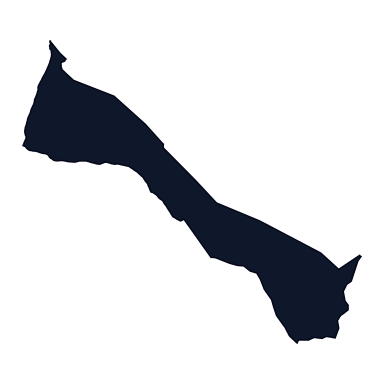 Belvedere, Soufrière, Saint Lucia (Robinson projection)
{"feature_id": "8701671B92172840318225", "entity_name": "Belvedere", "entity_type": "district", "adm_level": 2, "iso_a3": "LCA", "parent_name": "Saint Lucia", "parent_adm1": "Soufrière", "projection": "robinson", "projection_center": [-61.062, 13.892], "detail": "fine", "context": "isolated", "style": "filled", "palette": "ink", "viewbox_px": 384, "rotation_deg": 0, "n_neighbors": 0, "source": "geoboundaries", "source_scale": "gbopen_adm2", "svg_char_len": 4790}
<svg xmlns="http://www.w3.org/2000/svg" viewBox="0 0 384 384"><path d="M361.0,256.5L359.8,255.8L359.6,255.4L338.7,269.4L320.8,253.1L259.5,220.9L216.5,203.0L195.5,180.5L163.2,147.8L163.4,144.2L163.2,144.2L145.3,124.3L114.0,96.2L73.5,80.4L66.3,73.8L61.9,69.5L61.1,66.4L61.0,62.5L64.5,61.2L65.6,59.2L66.0,59.0L59.9,53.3L51.7,43.1L50.2,41.9L50.3,41.5L50.5,41.2L50.1,41.0L49.9,41.8L50.0,42.5L50.5,42.9L50.9,43.3L51.6,43.7L51.8,43.7L52.0,44.0L52.3,44.3L52.6,44.8L52.6,45.1L51.9,44.7L51.4,44.4L50.5,44.0L49.9,44.9L49.6,45.8L49.6,46.3L49.8,46.7L49.9,47.4L50.0,48.1L49.9,48.4L50.0,49.0L50.8,49.7L50.9,49.8L51.2,50.4L51.4,52.2L51.5,53.5L51.7,54.4L51.6,54.7L51.6,55.3L51.4,56.1L51.4,56.8L51.2,57.3L51.0,58.4L49.9,61.8L49.7,62.7L48.8,65.0L47.6,67.8L46.6,70.1L45.4,72.6L44.6,74.3L43.5,76.0L43.1,76.8L42.8,77.3L42.3,78.3L41.7,79.7L41.2,80.6L40.4,82.1L39.2,84.3L38.5,85.7L38.3,86.4L38.1,87.1L38.0,87.8L38.1,88.9L38.3,89.3L38.2,89.9L37.7,91.2L37.4,92.5L36.9,94.2L35.9,96.8L35.0,98.7L34.7,99.5L34.5,100.1L34.4,101.7L34.2,102.5L34.0,103.1L34.0,103.5L33.4,104.9L33.1,105.5L32.5,106.7L32.0,107.8L31.5,108.8L31.1,110.0L30.7,111.1L30.6,111.8L30.3,112.8L29.9,113.8L29.4,114.8L28.7,116.3L28.3,117.2L28.2,117.4L27.7,118.9L27.5,120.0L27.2,121.5L26.8,122.6L26.5,124.1L26.0,125.8L25.5,126.9L25.2,128.3L24.8,131.2L24.9,132.6L25.4,134.9L26.0,136.3L26.2,137.1L26.2,137.7L25.9,138.8L25.2,140.4L24.6,141.7L23.9,143.3L23.9,143.8L23.4,144.7L23.0,145.6L25.2,146.5L25.3,146.6L25.7,146.9L26.0,147.3L26.3,147.7L26.8,148.3L27.1,148.7L27.6,149.0L27.9,149.3L28.5,149.7L28.9,149.9L29.4,150.2L29.8,150.4L30.6,150.5L31.2,150.5L32.0,150.7L33.6,151.1L34.2,151.0L34.7,151.0L35.3,151.1L35.8,151.2L36.8,151.4L38.2,151.9L40.3,152.6L41.8,153.1L43.2,153.4L45.5,153.6L46.2,153.9L46.9,154.2L47.4,154.5L47.9,154.8L48.2,155.1L48.5,155.4L48.8,155.8L49.1,156.3L49.3,156.7L49.5,157.1L49.8,157.4L50.1,157.6L50.6,158.1L51.2,158.5L51.7,158.7L52.2,159.0L52.6,159.3L53.1,159.8L53.6,160.2L53.9,160.4L55.6,160.7L57.1,160.8L58.3,160.8L59.1,160.7L59.5,160.6L62.5,160.5L63.3,160.6L63.9,160.8L64.6,160.9L65.4,161.0L66.6,161.3L67.6,161.5L68.9,161.7L72.1,161.9L73.6,162.0L74.7,162.1L75.7,161.9L76.7,161.7L77.7,161.4L78.7,161.1L80.0,160.9L81.3,160.9L83.7,160.9L86.1,160.9L86.5,161.0L87.1,161.2L88.6,161.6L90.2,162.1L91.8,162.6L93.6,163.0L94.6,163.2L95.7,163.6L96.5,163.8L97.0,163.9L97.7,164.0L99.7,164.1L100.1,164.1L100.4,164.0L101.6,163.5L103.9,162.6L104.7,162.3L105.2,162.2L105.8,162.1L106.4,162.1L106.9,162.2L107.3,162.4L109.7,163.0L110.2,163.1L110.5,163.3L110.8,163.5L111.3,163.6L114.2,164.1L114.5,164.2L114.9,164.2L115.4,164.2L116.5,164.0L117.5,163.9L117.9,163.9L118.7,164.1L119.6,164.2L121.0,164.7L121.7,164.8L122.9,165.0L124.0,165.3L126.8,165.9L127.3,166.0L127.8,166.1L128.2,166.1L128.5,166.2L128.9,166.4L129.2,166.6L129.6,166.9L132.0,168.4L134.2,170.0L135.7,171.0L137.0,171.8L138.3,172.9L138.5,173.3L139.9,174.4L141.3,175.8L142.9,177.2L143.1,177.4L143.5,177.9L143.9,178.8L144.1,179.1L144.4,179.4L144.8,179.9L145.1,180.7L145.3,181.0L145.7,181.5L146.0,181.8L146.6,182.4L147.2,183.2L147.5,183.5L147.8,184.0L147.9,184.7L148.1,185.3L148.3,185.8L148.5,186.1L148.7,186.6L148.8,187.0L149.1,187.4L149.3,187.7L149.4,188.0L149.6,188.5L149.7,189.0L149.9,189.6L150.2,190.1L150.4,190.6L150.5,190.8L150.6,191.3L150.8,191.7L151.0,191.9L151.3,192.1L152.2,192.3L152.7,192.4L153.1,192.6L153.4,192.8L154.0,193.2L154.6,193.6L154.9,194.0L155.2,194.1L155.8,194.4L156.3,194.8L156.7,195.2L157.0,195.5L157.6,196.3L158.1,196.9L158.7,197.6L159.2,198.2L159.6,198.6L160.0,198.8L161.0,199.5L161.8,200.0L162.4,200.5L162.8,200.7L163.0,201.0L163.2,201.5L163.4,201.9L163.6,202.3L163.8,202.7L164.2,203.3L164.4,203.7L164.8,204.2L165.1,204.7L165.5,205.0L165.8,205.3L166.0,205.6L167.4,208.0L168.0,208.9L168.4,209.6L168.9,210.3L169.4,211.0L169.6,211.4L169.9,211.8L170.2,212.3L170.4,212.7L170.8,213.2L171.0,213.6L171.2,214.1L171.5,214.5L171.7,214.8L172.0,215.2L172.2,215.7L172.5,216.0L172.7,216.4L172.9,216.6L173.1,216.8L173.4,217.0L174.1,217.4L174.6,217.6L175.1,217.8L175.4,218.0L176.1,218.6L177.2,219.3L177.3,219.3L180.4,220.9L182.5,220.1L183.7,218.8L211.0,257.3L211.1,257.2L215.6,257.7L221.9,260.2L229.9,263.3L237.5,265.4L243.8,265.9L250.1,271.0L255.3,272.6L256.8,273.0L258.7,276.3L260.4,279.2L260.8,280.2L264.4,289.4L269.6,296.8L271.6,299.6L272.7,303.4L273.8,307.3L274.3,308.7L276.5,315.4L282.4,323.7L285.0,327.2L289.5,335.9L296.6,342.6L297.1,343.0L297.5,342.2L298.1,340.7L298.4,340.0L298.7,340.0L302.0,340.0L308.7,340.0L310.0,339.3L314.1,337.4L314.9,337.5L322.1,338.4L326.2,336.4L329.7,336.9L329.9,336.9L335.1,337.9L338.7,328.2L338.2,325.2L337.4,320.6L340.5,315.5L342.1,314.4L343.6,313.4L345.1,312.2L348.1,309.8L348.1,305.2L346.9,303.6L345.0,301.1L343.2,291.4L346.3,285.2L346.8,284.3L348.3,283.2L351.2,281.2L357.9,260.8L361.0,256.5Z" fill="#0f172a" stroke="#020617" stroke-width="1.5"/></svg>